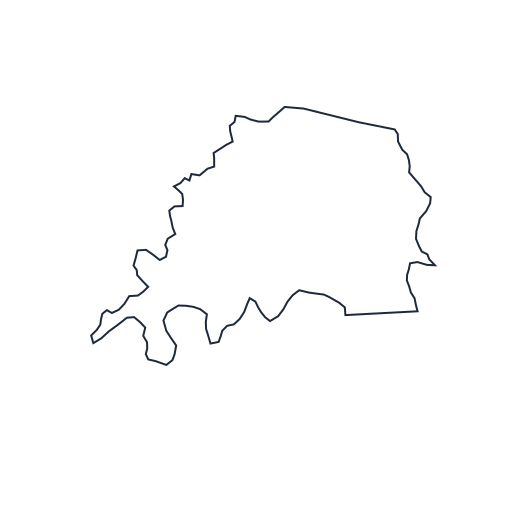 Frei Rogério, Santa Catarina, Brazil, rotated 59°
{"feature_id": "56859067B51954921272382", "entity_name": "Frei Rogério", "entity_type": "district", "adm_level": 2, "iso_a3": "BRA", "parent_name": "Brazil", "parent_adm1": "Santa Catarina", "projection": "robinson", "projection_center": [-50.763, -27.212], "detail": "fine", "context": "isolated", "style": "outline", "palette": "slate", "viewbox_px": 512, "rotation_deg": 59, "n_neighbors": 0, "source": "geoboundaries", "source_scale": "gbopen_adm2", "svg_char_len": 2045}
<svg xmlns="http://www.w3.org/2000/svg" viewBox="0 0 512 512"><g transform="rotate(59 256 256)"><path d="M246.9,440.3L246.9,431.1L244.8,420.9L244.0,411.8L243.4,406.2L242.4,398.5L245.6,392.0L252.5,389.6L260.3,387.8L266.4,393.8L273.7,393.8L279.3,396.9L283.4,401.0L289.2,401.6L294.6,396.0L303.2,389.0L302.2,381.2L298.2,376.3L291.6,370.5L282.5,371.1L273.8,371.4L263.7,368.6L258.7,361.2L258.5,355.1L258.5,348.0L262.7,341.5L267.2,336.0L272.7,331.3L280.6,328.1L286.7,333.0L292.9,336.4L299.3,337.9L307.6,340.1L310.4,332.3L306.4,327.4L302.7,323.4L301.0,316.7L303.2,310.1L301.6,302.5L298.0,295.1L292.4,288.0L288.9,283.1L294.8,280.0L301.0,280.6L306.7,280.6L313.2,279.7L319.0,277.5L319.0,268.0L315.8,260.0L311.4,252.6L308.5,244.8L307.6,236.6L314.6,229.5L319.5,223.4L324.0,217.7L328.7,214.5L333.7,211.7L338.7,208.9L345.8,206.3L352.7,209.8L386.6,146.0L380.5,144.2L373.7,141.8L367.4,142.1L360.6,140.3L354.7,139.3L350.0,136.2L346.3,132.0L341.6,127.7L344.3,120.8L351.6,114.1L356.1,107.4L348.0,109.2L342.9,108.2L337.6,111.6L331.3,111.2L323.7,110.0L317.3,105.7L312.4,100.2L308.2,96.2L305.2,87.0L300.5,79.6L295.5,75.9L288.2,78.6L281.1,78.6L271.4,80.3L263.2,81.7L258.2,78.0L252.7,75.6L246.6,74.1L240.3,75.9L231.1,75.3L224.5,71.7L219.0,71.9L194.5,98.8L154.1,139.3L143.0,154.7L144.5,162.7L145.7,169.8L147.2,176.0L142.2,184.5L136.2,190.4L130.9,194.1L125.4,201.2L130.1,205.5L130.9,211.4L135.6,213.8L140.4,215.3L145.9,217.1L145.4,224.2L145.7,233.0L145.9,239.3L150.6,241.5L157.8,245.8L156.2,252.6L157.8,262.8L152.5,269.2L157.0,274.2L152.6,277.0L154.6,283.3L154.1,290.5L159.9,288.6L164.8,287.3L170.2,289.6L175.4,293.2L171.5,300.3L172.4,306.9L177.2,309.0L182.0,310.4L188.8,312.8L195.6,313.9L195.7,322.8L199.8,328.1L205.4,328.9L210.3,333.6L209.8,340.6L201.6,343.7L194.1,347.1L190.2,354.7L196.2,360.6L201.1,365.9L206.7,365.5L211.2,367.7L219.4,366.1L226.9,364.3L228.5,371.1L229.1,377.6L225.1,385.3L229.3,393.6L231.4,401.2L230.6,408.9L225.6,411.7L226.4,417.5L230.3,421.3L234.8,425.0L237.4,430.7L239.2,438.2L246.9,440.3Z" fill="none" stroke="#1e293b" stroke-width="2"/></g></svg>